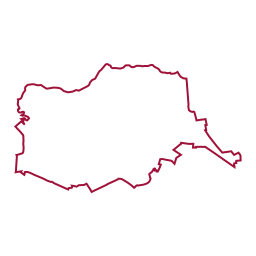 Misca, Arad, Romania
{"feature_id": "2599482B74682975600135", "entity_name": "Misca", "entity_type": "district", "adm_level": 2, "iso_a3": "ROU", "parent_name": "Romania", "parent_adm1": "Arad", "projection": "natural_earth1", "projection_center": [21.638, 46.618], "detail": "fine", "context": "isolated", "style": "outline", "palette": "rose", "viewbox_px": 256, "rotation_deg": 0, "n_neighbors": 0, "source": "geoboundaries", "source_scale": "gbopen_adm2", "svg_char_len": 5563}
<svg xmlns="http://www.w3.org/2000/svg" viewBox="0 0 256 256"><path d="M20.8,172.3L24.3,174.9L24.5,174.6L24.8,172.1L26.1,171.9L27.4,172.0L29.5,172.6L33.1,174.2L33.7,174.6L42.6,178.3L47.0,180.5L47.7,180.8L49.6,181.5L50.6,181.9L51.0,181.9L51.5,181.8L51.8,181.8L52.2,181.9L52.8,182.3L53.4,182.7L53.8,183.1L68.2,189.5L68.7,188.1L69.2,188.1L70.0,187.9L71.7,187.8L72.2,186.8L72.3,186.6L72.4,186.4L72.3,186.2L72.0,185.7L73.0,185.8L74.4,186.1L76.5,186.6L77.1,186.3L78.0,185.8L78.9,185.2L84.0,185.0L86.5,183.7L90.6,189.9L90.8,190.6L91.6,191.9L107.4,184.4L107.5,184.1L116.1,180.2L118.1,179.2L118.4,178.7L118.5,178.7L120.2,178.8L120.9,178.9L121.3,179.0L122.6,179.5L128.1,182.9L131.6,185.5L133.0,186.7L133.7,187.3L134.1,187.8L134.5,187.6L135.1,186.9L136.4,185.6L136.9,185.4L137.6,185.3L137.9,185.5L138.8,185.5L139.3,185.3L140.0,185.2L140.8,185.1L143.3,184.7L145.2,184.1L147.5,183.2L149.4,181.5L149.7,180.7L150.2,179.8L150.6,178.4L150.0,177.5L150.0,176.9L149.8,176.1L149.3,174.6L149.4,173.8L150.3,173.2L152.0,171.8L153.4,169.5L153.6,169.0L154.0,168.7L154.5,168.5L154.8,168.5L155.0,168.6L155.0,168.8L155.0,169.1L154.8,169.3L154.4,169.7L154.3,170.3L154.5,170.5L154.8,170.4L155.0,169.9L155.3,169.7L155.5,169.6L155.7,169.9L155.7,170.1L155.5,170.5L155.9,170.8L156.3,170.6L156.5,170.5L156.8,170.5L157.0,170.7L157.1,171.0L156.8,171.2L156.8,171.5L157.2,171.6L157.8,171.5L159.6,167.8L160.8,164.6L158.8,164.2L160.2,159.3L161.7,159.0L162.4,159.0L165.2,159.6L171.6,160.8L174.5,163.8L176.3,157.9L180.9,154.8L173.5,149.9L176.8,147.2L180.4,144.2L180.8,144.2L181.1,142.8L188.9,143.9L193.3,143.8L193.0,147.6L195.9,147.6L195.9,146.9L199.9,146.8L205.4,146.9L205.6,147.1L213.7,152.6L229.0,163.3L234.5,167.1L234.5,166.2L234.0,164.9L234.2,163.4L236.3,163.0L236.1,161.1L236.3,160.8L240.6,160.5L240.5,155.6L239.9,154.5L238.5,152.7L234.1,154.9L231.2,151.3L225.7,152.1L222.3,152.6L216.2,145.5L211.5,139.5L209.0,136.3L205.1,130.3L206.2,130.1L205.3,125.1L206.7,124.9L205.5,119.1L203.3,119.5L201.9,119.6L199.8,119.9L197.4,120.3L196.5,120.4L196.4,119.6L195.9,117.9L195.3,115.5L194.3,112.0L193.2,111.6L192.5,111.9L190.8,111.5L189.8,110.9L188.9,110.1L188.3,106.5L188.5,104.5L188.4,103.0L187.0,84.7L187.0,83.9L186.4,78.6L185.9,78.5L184.8,78.5L183.4,78.3L180.7,76.8L179.6,75.4L178.7,73.9L178.2,73.1L177.5,72.0L176.4,72.6L174.7,73.5L171.0,73.8L170.4,73.1L170.0,72.7L169.8,72.8L168.5,73.1L167.5,73.2L164.9,72.6L162.4,72.5L161.2,72.1L160.3,71.4L159.8,70.8L159.4,70.1L158.7,69.1L156.9,68.0L156.0,67.6L154.6,66.8L153.7,66.2L153.3,65.5L152.8,65.2L152.4,65.0L151.8,64.9L151.1,65.0L150.4,65.2L149.8,65.4L149.1,65.6L148.4,65.9L147.9,66.0L147.1,66.1L146.2,66.0L145.5,66.0L144.7,66.0L143.6,66.1L142.7,66.2L142.3,66.3L141.8,66.2L140.9,65.9L140.1,65.9L139.1,65.9L138.3,65.8L137.5,65.8L137.0,65.8L136.4,65.9L135.7,66.2L134.7,66.7L134.3,66.9L133.8,67.0L133.2,67.1L132.6,67.1L132.1,67.1L131.4,67.0L130.8,66.6L130.4,66.2L129.9,65.8L129.6,65.5L129.2,65.4L128.6,65.3L128.1,65.3L127.3,65.3L126.6,65.3L125.8,65.4L125.2,65.7L124.7,66.2L124.4,66.6L123.9,67.2L123.4,67.6L122.7,67.8L121.8,68.1L121.3,68.2L120.9,68.4L120.5,68.5L119.6,68.5L116.8,68.2L115.8,68.1L115.0,68.0L114.2,68.0L113.4,68.1L112.8,68.2L112.1,68.0L111.4,67.5L111.0,67.0L110.9,66.6L110.8,66.2L110.6,65.8L110.0,65.4L109.2,65.2L107.6,64.1L107.2,64.1L106.6,64.2L105.8,64.4L105.5,64.7L102.5,68.3L101.1,69.9L100.8,70.2L99.8,70.9L99.3,71.4L98.6,72.5L95.3,78.4L94.9,78.8L92.6,79.8L91.9,80.3L90.1,82.3L89.2,84.7L87.9,86.0L79.1,90.5L78.5,90.6L77.0,90.2L76.4,90.1L75.7,90.2L73.2,91.4L72.5,91.6L68.9,92.2L68.3,92.3L67.8,92.2L66.6,91.9L64.6,91.3L64.0,91.1L63.4,90.7L62.9,90.3L61.2,88.9L60.9,88.7L60.2,88.4L58.7,88.0L57.5,87.8L54.6,87.6L54.1,87.6L53.4,87.6L51.7,87.9L50.2,88.2L48.6,88.4L47.5,88.6L46.9,88.6L46.6,88.6L45.9,88.3L43.2,86.5L41.1,85.1L40.7,85.0L39.8,85.1L38.4,85.3L38.2,85.3L36.6,85.0L34.0,84.3L33.5,84.3L32.6,84.2L31.7,84.3L28.3,84.8L27.9,84.9L27.6,85.0L27.4,85.1L25.7,86.6L25.5,87.0L25.2,87.6L25.1,87.9L25.1,88.4L25.2,89.5L25.2,90.0L25.0,90.7L23.8,92.2L23.2,93.1L22.6,94.4L22.0,96.0L21.9,96.5L21.7,97.0L21.5,97.4L21.3,97.9L21.0,98.2L20.7,98.5L20.4,98.8L19.8,99.0L18.6,99.3L17.9,99.4L18.2,101.1L18.0,102.6L17.8,103.6L17.7,104.0L17.8,104.4L18.0,105.0L18.3,105.7L19.1,107.4L19.5,108.3L19.4,108.5L19.3,108.8L18.6,108.9L18.4,109.0L18.1,109.3L18.0,109.6L17.9,109.8L17.9,110.3L18.0,110.8L18.2,111.3L18.4,111.7L18.6,111.9L18.9,112.2L19.1,112.3L19.6,112.5L20.3,112.5L20.9,112.5L21.9,112.0L22.3,111.9L22.7,111.8L23.2,111.8L23.6,111.9L23.9,112.1L24.0,112.4L24.0,112.8L23.8,113.4L23.5,113.8L22.8,114.3L22.0,114.8L21.5,115.3L21.9,115.4L22.3,115.6L22.5,115.7L23.3,115.6L24.2,115.5L24.8,115.6L25.3,115.7L25.9,116.1L26.5,116.3L27.1,116.5L27.7,116.7L28.1,117.2L28.6,117.8L29.0,118.2L28.9,118.6L28.1,119.3L27.6,120.0L27.2,120.4L26.8,120.4L26.4,120.2L26.0,120.0L25.4,119.2L25.0,118.7L24.7,118.3L24.2,118.2L23.9,118.2L23.3,118.4L22.3,118.7L21.3,119.0L21.7,119.3L22.2,119.5L22.5,119.6L23.1,119.6L23.6,119.9L23.7,120.0L23.6,120.5L23.4,120.8L23.3,121.4L23.3,121.8L23.4,122.4L23.5,122.8L24.1,123.9L24.7,124.7L23.8,123.8L23.3,123.3L21.4,121.3L16.0,126.0L15.4,126.5L16.9,128.2L18.0,129.4L18.9,130.3L19.9,131.4L21.1,132.7L21.9,133.7L22.7,134.5L23.0,134.9L23.1,135.3L23.2,135.5L23.3,135.7L23.3,135.8L23.3,136.0L23.4,136.5L23.4,136.8L23.4,137.2L23.4,138.2L23.4,139.2L23.5,139.9L23.5,140.5L23.5,141.2L23.5,141.4L23.4,141.5L23.3,143.0L23.3,144.3L23.4,145.1L23.5,146.3L23.6,147.2L23.6,148.2L23.5,149.1L23.5,150.0L23.3,151.3L23.1,152.4L22.8,152.8L22.5,153.2L22.3,153.3L18.9,154.4L16.5,155.0L16.9,155.7L15.9,171.3L15.7,172.2L21.3,171.3L20.8,172.3Z" fill="none" stroke="#9f1239" stroke-width="2"/></svg>